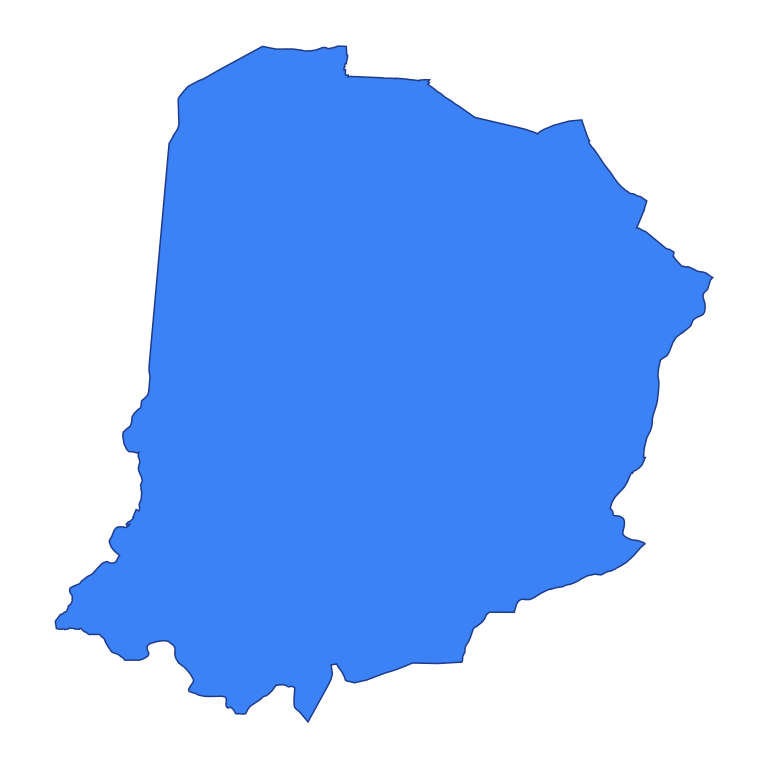 outline of Galapa, Atlántico, Colombia
{"feature_id": "7082276B48939635057029", "entity_name": "Galapa", "entity_type": "district", "adm_level": 2, "iso_a3": "COL", "parent_name": "Colombia", "parent_adm1": "Atlántico", "projection": "robinson", "projection_center": [-74.884, 10.897], "detail": "fine", "context": "isolated", "style": "filled", "palette": "blue", "viewbox_px": 768, "rotation_deg": 0, "n_neighbors": 0, "source": "geoboundaries", "source_scale": "gbopen_adm2", "svg_char_len": 6031}
<svg xmlns="http://www.w3.org/2000/svg" viewBox="0 0 768 768"><path d="M203.1,79.1L198.7,80.7L188.1,86.4L184.6,90.2L179.6,96.4L178.4,98.6L178.2,101.1L178.9,122.9L178.8,125.6L177.9,128.1L176.7,130.6L174.0,134.6L173.1,136.1L173.3,136.3L169.1,143.5L149.1,366.0L149.0,369.3L149.4,373.4L150.0,376.4L149.1,387.8L148.4,392.8L147.7,395.1L144.0,398.9L141.9,400.4L141.4,401.8L141.3,404.0L140.7,407.7L137.9,409.7L134.4,413.2L132.2,416.5L131.5,422.7L130.4,425.8L123.4,431.9L122.9,434.1L122.9,437.1L124.1,444.0L126.5,449.0L127.8,450.6L128.9,451.6L133.0,451.8L136.9,453.0L137.8,452.9L138.7,452.3L138.2,455.6L138.3,457.1L139.1,458.3L139.9,461.9L138.4,467.6L138.4,469.2L138.9,471.2L141.1,476.2L142.4,480.9L141.6,482.4L140.6,485.3L141.1,487.4L141.0,489.6L141.6,491.8L141.6,493.9L141.1,499.6L139.6,502.8L139.2,504.5L139.6,508.5L138.9,510.9L136.2,509.5L133.0,517.2L133.6,517.4L132.6,519.0L129.9,521.4L128.2,521.9L126.2,524.4L127.2,525.9L127.9,525.0L129.7,524.0L129.9,524.2L128.4,525.5L127.1,527.1L125.4,527.6L123.5,526.9L119.0,526.8L116.5,527.5L114.1,530.4L111.7,536.6L109.4,540.3L109.4,542.3L111.2,546.9L112.6,548.9L114.7,551.3L119.6,555.5L118.5,556.9L115.8,561.9L113.9,562.8L111.7,563.1L109.5,562.9L108.0,561.8L106.4,561.6L103.2,562.8L101.3,564.2L91.9,574.3L87.5,576.5L84.9,578.5L81.3,581.3L79.9,583.6L73.7,586.1L70.2,587.9L69.6,589.8L69.7,591.4L70.2,593.0L71.4,594.4L72.2,595.9L72.2,601.0L70.6,604.4L68.5,605.7L67.8,608.5L66.6,611.2L64.0,612.6L62.3,614.0L60.4,614.5L55.3,621.3L56.4,628.5L59.0,629.2L60.8,629.0L62.0,629.3L64.1,628.9L64.7,629.5L65.4,629.6L66.8,629.1L68.3,629.0L69.4,628.0L73.9,628.5L74.6,629.0L79.0,629.3L79.5,629.1L79.9,628.4L81.0,628.4L83.9,631.4L84.6,631.9L86.0,632.2L87.8,633.8L89.7,634.6L92.3,634.3L93.3,634.5L99.3,634.4L100.0,634.8L101.6,636.8L102.7,637.4L104.4,639.1L105.5,642.2L108.1,646.8L109.7,648.8L110.6,650.6L112.2,652.3L117.6,654.2L119.5,655.4L121.0,656.7L123.1,657.9L124.7,660.1L139.8,660.1L143.0,658.9L145.1,657.9L147.6,656.3L148.7,654.6L148.7,652.8L147.6,650.8L147.0,648.4L147.4,646.0L148.1,645.0L149.0,644.2L151.7,643.1L156.8,641.6L162.8,640.7L167.0,641.0L168.5,641.5L173.2,645.1L174.4,646.6L175.0,648.1L175.1,650.3L174.8,652.5L175.0,655.6L175.9,658.4L177.8,661.6L178.8,663.1L184.1,667.0L187.7,670.8L190.9,674.9L192.4,677.8L193.5,679.5L193.5,680.5L193.0,682.3L189.1,688.2L188.6,690.1L189.2,691.5L195.9,693.7L199.0,695.2L204.4,696.3L209.2,696.5L222.0,696.2L225.0,697.0L226.1,697.8L226.4,700.8L225.9,703.9L226.3,706.4L227.6,707.9L231.0,707.2L233.5,709.8L234.3,710.9L235.0,712.6L235.8,713.6L236.5,713.9L239.3,713.7L243.1,714.1L245.7,713.6L248.1,708.9L250.5,706.0L260.4,699.4L263.6,696.4L266.1,695.8L268.1,694.5L272.2,690.6L276.3,684.9L277.1,685.3L280.6,684.7L284.3,684.9L286.0,685.5L288.1,686.7L288.9,686.9L290.8,686.3L293.5,686.9L294.6,687.7L294.8,688.2L294.0,699.7L294.1,704.1L294.3,706.0L295.3,708.3L299.7,712.0L308.0,721.9L327.4,686.6L331.0,679.4L332.4,673.8L331.1,664.9L336.7,664.0L338.4,667.3L341.6,671.4L344.4,676.9L345.4,680.1L347.7,681.3L350.0,681.6L354.2,682.8L366.4,680.1L384.9,673.1L395.0,670.0L404.7,666.3L412.5,663.0L437.9,663.5L461.9,662.1L462.4,661.0L462.7,656.9L463.0,655.8L464.9,652.1L465.0,648.8L465.7,646.0L468.5,641.6L470.1,638.1L473.1,629.4L474.6,627.4L476.6,626.5L482.4,621.8L484.5,618.9L486.5,614.7L488.7,612.7L489.5,612.2L491.1,612.2L514.2,612.3L516.0,605.9L517.4,602.6L519.2,600.6L520.8,599.6L522.5,599.2L525.6,599.6L528.8,599.6L530.7,599.2L534.6,597.3L541.3,593.0L548.0,589.8L550.1,589.0L550.4,589.4L556.4,587.6L562.3,586.8L566.1,585.1L569.3,584.5L572.6,583.5L576.6,581.7L582.3,578.4L587.2,575.9L594.8,574.2L601.2,574.9L607.0,571.8L611.5,570.8L620.9,565.8L626.1,562.5L631.2,558.0L634.8,554.3L641.0,547.2L645.0,543.8L644.7,543.3L642.9,542.3L639.8,541.2L636.8,540.4L632.2,539.9L628.5,538.5L625.4,536.8L623.3,534.9L623.0,534.3L622.8,532.5L624.3,525.7L624.4,521.4L624.0,519.8L623.0,518.2L619.8,516.4L618.7,516.0L614.7,515.7L613.4,515.1L613.1,514.6L612.9,512.2L612.4,510.9L611.6,509.8L610.3,508.7L611.1,505.0L611.8,502.9L613.5,499.6L615.4,496.7L624.5,486.9L627.5,481.7L630.2,475.1L631.2,473.4L631.8,472.9L632.3,473.3L633.7,471.2L636.5,469.8L640.1,467.1L642.4,464.3L645.2,457.7L645.3,457.5L643.6,457.4L643.9,451.6L644.4,447.7L646.9,437.6L649.9,431.7L651.4,427.8L652.1,424.3L652.5,418.1L653.4,414.2L655.7,407.4L657.1,402.1L658.3,392.8L658.8,386.6L658.9,382.8L658.7,380.6L658.0,376.7L658.0,374.1L658.3,370.4L659.0,366.5L660.4,360.3L661.3,359.3L666.4,356.0L667.9,354.3L669.2,352.0L672.9,342.4L674.4,340.4L675.8,337.5L682.4,332.5L682.4,332.8L689.9,326.7L690.9,325.5L691.4,324.3L692.9,320.4L694.5,318.9L696.6,317.5L701.2,315.5L702.9,314.5L703.9,313.2L704.7,311.3L705.1,308.1L705.0,303.8L703.1,297.3L703.1,294.7L704.4,292.2L706.7,290.4L707.7,289.0L710.2,280.8L710.6,280.0L712.7,277.5L711.9,277.3L706.3,273.2L703.7,272.2L697.5,271.3L695.6,270.1L688.1,266.7L685.1,267.0L684.1,266.7L683.6,266.2L682.2,266.3L680.9,265.2L676.5,260.6L673.8,256.8L673.2,256.7L674.0,252.2L669.6,249.4L667.6,249.1L665.6,248.1L645.8,231.7L642.4,230.3L639.3,228.4L636.7,227.9L644.3,209.8L644.0,209.8L646.8,201.0L640.6,196.7L637.0,195.8L634.4,194.2L632.6,193.7L630.3,193.5L629.1,192.8L626.9,191.0L624.9,190.1L623.8,188.5L621.9,187.3L618.1,183.2L614.5,178.5L610.9,173.0L604.0,164.1L596.7,153.1L593.0,148.0L592.0,147.3L589.3,143.4L588.7,141.9L589.7,141.1L588.5,139.2L586.5,134.1L581.7,119.9L569.1,121.1L554.0,125.2L543.1,129.8L539.8,131.8L537.3,134.0L535.8,132.8L523.6,128.8L474.8,117.4L460.1,107.0L454.2,103.3L452.4,101.7L444.5,96.8L440.4,93.3L437.6,91.7L433.5,88.3L427.8,84.4L429.4,82.9L428.1,81.9L429.6,79.8L425.3,79.7L419.7,80.1L419.5,80.7L412.2,79.8L407.7,79.5L407.8,79.2L395.7,78.2L395.7,78.6L391.9,78.2L383.7,78.2L382.6,77.8L349.3,76.4L348.0,77.0L348.3,75.2L345.3,74.9L345.5,69.8L344.1,70.1L344.0,67.4L345.0,67.0L344.7,64.8L345.0,64.0L346.3,63.7L346.3,62.7L347.6,57.1L347.5,55.0L346.7,54.9L346.3,46.4L337.9,46.1L333.4,47.7L327.9,48.7L325.9,47.6L324.5,47.4L321.9,47.8L316.0,50.0L311.2,50.8L304.4,51.0L302.3,50.3L292.9,49.0L276.1,49.1L262.5,46.4L219.7,69.6L203.1,79.1Z" fill="#3b82f6" stroke="#1e3a8a" stroke-width="1.5"/></svg>